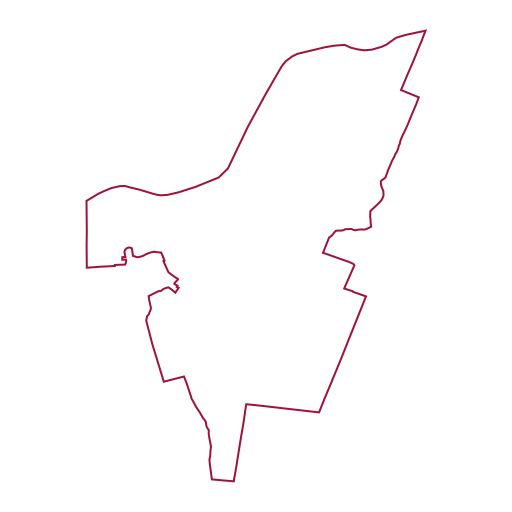 the district of Crivat, Giurgiu, Romania
{"feature_id": "2599482B25594026358369", "entity_name": "Crivat", "entity_type": "district", "adm_level": 2, "iso_a3": "ROU", "parent_name": "Romania", "parent_adm1": "Giurgiu", "projection": "natural_earth1", "projection_center": [26.439, 44.187], "detail": "fine", "context": "isolated", "style": "outline", "palette": "rose", "viewbox_px": 512, "rotation_deg": 0, "n_neighbors": 0, "source": "geoboundaries", "source_scale": "gbopen_adm2", "svg_char_len": 3778}
<svg xmlns="http://www.w3.org/2000/svg" viewBox="0 0 512 512"><path d="M319.4,411.5L320.4,409.1L324.6,398.5L327.7,391.1L331.5,382.1L332.8,378.8L336.7,369.4L341.3,358.2L353.5,327.6L366.0,296.4L353.0,291.8L352.9,291.3L344.2,288.5L354.4,265.3L353.9,264.5L353.5,264.1L352.9,263.7L349.2,262.0L342.0,259.5L329.1,254.9L325.3,253.6L323.0,252.9L329.1,237.5L329.6,237.2L331.5,235.9L332.8,234.4L334.7,231.9L335.7,231.0L336.8,230.6L337.5,230.6L341.0,230.6L343.5,230.2L345.2,229.2L351.5,229.0L354.0,230.1L355.6,230.3L356.9,230.0L358.0,229.7L361.6,229.4L363.9,229.6L365.7,229.3L369.0,227.8L371.2,226.7L370.7,223.5L370.5,219.1L370.1,216.4L370.3,214.5L370.3,212.5L370.3,211.2L372.1,209.4L375.7,206.1L380.4,201.5L382.1,199.2L383.5,195.6L383.4,191.3L381.4,186.3L380.9,184.1L380.8,183.1L380.8,182.2L381.0,181.2L381.3,180.6L382.8,179.6L384.2,178.6L385.1,177.9L385.5,177.4L386.1,175.7L387.8,171.1L387.8,170.3L388.3,169.5L389.5,166.9L391.8,161.5L392.8,159.3L393.6,158.0L394.6,156.0L395.6,153.5L396.1,152.9L396.5,152.5L396.7,152.0L397.2,150.8L398.1,148.9L398.3,148.2L398.5,146.9L398.9,145.6L399.2,144.9L399.7,144.2L400.0,142.7L400.1,141.7L400.6,140.2L401.2,138.7L401.7,137.5L402.2,136.4L402.6,135.3L404.2,132.3L408.1,123.7L408.5,122.6L411.7,114.8L415.6,105.7L416.8,102.6L417.4,101.1L418.8,97.3L401.0,90.1L401.1,89.8L402.0,87.7L402.6,86.3L405.6,79.2L407.6,74.3L410.0,68.9L412.4,63.4L415.1,56.8L416.0,54.8L417.4,51.0L420.7,43.1L421.6,41.0L423.3,36.4L425.5,30.7L423.9,31.1L422.7,31.3L421.2,31.6L405.8,34.9L400.9,36.3L396.0,37.8L386.3,44.7L381.4,46.9L371.6,49.7L363.9,50.3L357.4,49.3L350.6,47.6L344.8,44.9L334.8,45.6L324.7,47.3L297.5,53.8L292.2,56.4L285.8,61.2L282.1,65.7L278.8,71.3L275.5,77.0L265.1,95.1L247.9,126.7L236.6,150.3L228.0,168.4L218.7,177.5L202.7,184.0L195.5,186.9L179.9,191.9L178.9,192.2L177.8,192.5L169.6,194.4L167.6,194.9L166.5,194.9L161.4,195.3L160.3,195.2L156.8,194.7L152.8,193.7L151.5,193.3L139.3,189.6L130.3,187.5L125.1,186.0L120.1,186.1L111.7,188.0L109.3,188.9L104.0,191.1L97.9,194.0L91.0,198.2L90.0,198.8L86.5,200.9L86.8,231.1L86.6,245.0L86.8,267.7L100.8,266.7L114.8,266.0L114.8,265.0L118.1,264.8L122.8,264.7L124.3,264.6L125.1,264.6L125.3,264.2L125.7,263.5L126.0,262.5L126.1,261.9L126.2,260.6L126.0,259.6L122.3,259.7L122.3,257.2L125.4,257.0L125.0,254.8L124.4,252.1L124.8,250.7L125.5,249.3L127.0,248.1L128.5,247.6L129.3,247.5L131.6,248.1L132.0,249.3L133.0,255.9L134.7,256.4L136.5,257.1L137.9,257.2L139.6,256.9L141.3,256.4L142.4,256.1L144.0,255.4L145.8,254.3L147.0,253.9L148.5,253.1L149.4,252.8L153.6,251.8L157.9,252.3L160.7,252.5L161.3,252.6L161.4,253.1L162.7,255.9L163.4,257.6L163.2,257.7L163.3,257.8L164.6,260.6L163.4,261.1L166.0,266.8L167.5,270.1L168.5,272.3L172.5,275.4L178.1,279.2L178.0,279.5L174.7,282.8L174.5,283.1L174.4,283.5L174.4,283.9L174.6,284.1L175.3,284.5L176.2,284.9L177.0,285.4L177.4,285.7L177.6,285.9L177.2,286.4L176.8,286.9L177.5,287.3L178.1,287.7L178.3,287.8L178.6,287.9L176.9,290.3L175.3,292.7L175.1,292.5L174.9,292.3L174.1,291.6L172.7,290.4L168.5,287.4L168.0,287.4L167.6,287.5L165.0,288.3L164.2,288.7L163.4,289.0L162.7,289.5L161.4,290.7L158.2,291.3L155.0,292.9L148.7,296.1L149.0,298.9L150.1,304.3L150.7,306.8L150.9,307.8L150.8,309.2L149.2,313.1L148.8,314.3L147.1,316.3L146.4,319.7L146.2,320.5L152.4,344.4L163.8,381.7L168.5,380.5L184.0,376.5L186.8,383.8L191.3,397.4L191.3,398.2L193.4,401.8L196.2,407.1L199.7,412.2L202.8,417.7L204.8,420.3L205.7,421.6L206.2,424.5L206.6,426.7L208.3,429.5L208.8,430.3L208.7,433.6L209.2,437.3L210.1,442.0L211.0,446.7L210.4,451.0L210.2,456.2L209.4,459.8L209.9,464.6L211.9,479.4L215.3,479.7L222.8,480.4L233.8,481.3L234.0,480.0L234.1,478.6L234.7,476.0L235.8,469.8L239.5,446.5L242.0,431.2L243.0,426.0L244.7,414.5L245.3,410.1L246.3,404.2L260.7,405.7L316.4,412.1L319.0,412.4L319.4,411.5Z" fill="none" stroke="#9f1239" stroke-width="2"/></svg>